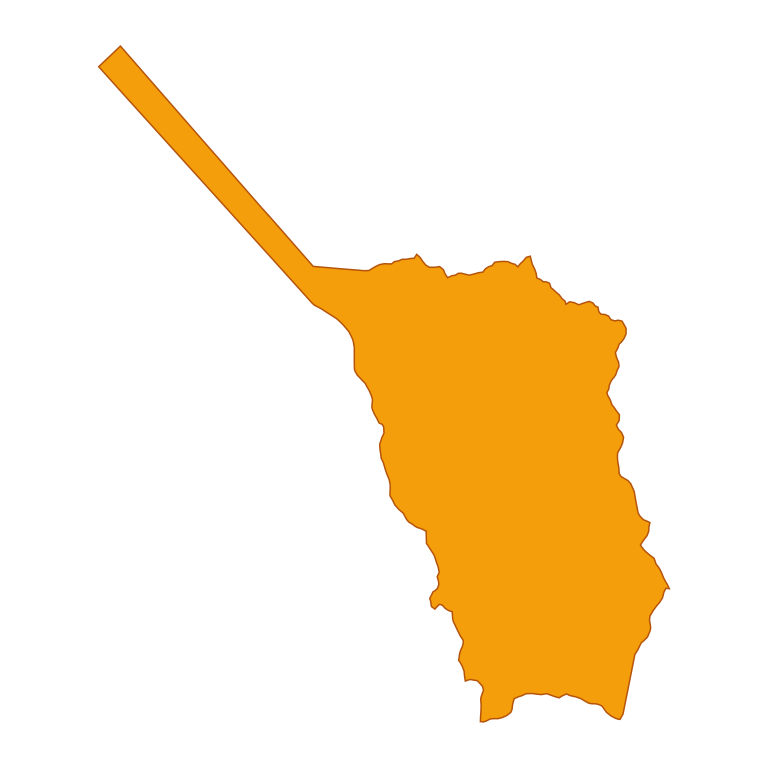 outline of Rangwe, Nyanza, Kenya
{"feature_id": "3690345B99365267658233", "entity_name": "Rangwe", "entity_type": "district", "adm_level": 2, "iso_a3": "KEN", "parent_name": "Kenya", "parent_adm1": "Nyanza", "projection": "robinson", "projection_center": [34.574, -0.513], "detail": "fine", "context": "isolated", "style": "filled", "palette": "amber", "viewbox_px": 768, "rotation_deg": 0, "n_neighbors": 0, "source": "geoboundaries", "source_scale": "gbopen_adm2", "svg_char_len": 4459}
<svg xmlns="http://www.w3.org/2000/svg" viewBox="0 0 768 768"><path d="M667.5,584.8L665.3,581.1L663.5,577.6L661.5,572.6L659.4,568.5L656.0,563.9L654.1,558.3L648.9,554.4L644.4,550.4L640.4,545.3L642.2,542.2L644.2,539.4L647.1,535.6L648.7,531.3L648.9,527.2L649.9,522.6L647.3,521.3L643.4,519.7L640.4,516.7L638.2,513.3L637.2,508.3L635.6,499.7L634.2,491.5L630.8,483.8L628.0,480.6L624.0,478.3L621.0,476.5L619.2,473.6L618.8,467.4L617.8,462.2L617.4,457.2L617.6,452.9L621.0,446.8L622.6,442.7L623.6,437.2L621.4,432.4L618.4,429.3L616.4,425.2L619.2,420.4L619.4,414.7L616.4,410.9L614.4,407.9L611.9,404.7L610.3,400.0L607.7,395.4L606.9,392.5L608.7,389.3L609.3,385.2L611.3,380.7L613.0,378.4L614.1,377.2L615.8,374.6L617.1,370.5L619.0,366.6L618.6,362.3L617.4,359.5L616.3,356.7L615.4,352.5L617.8,348.2L619.2,344.1L621.4,342.0L623.8,338.9L626.0,334.1L626.1,328.4L623.8,324.2L622.0,321.1L618.2,320.2L615.0,320.9L611.1,319.8L608.3,315.9L604.9,314.5L601.1,314.2L599.2,312.3L598.4,309.8L598.0,307.2L595.1,305.9L592.9,303.0L589.1,301.4L584.7,302.7L582.1,303.6L578.8,304.8L574.4,302.7L569.6,301.8L566.0,304.3L565.0,301.1L562.0,298.6L559.2,294.8L555.6,291.8L553.6,289.8L551.0,287.7L549.5,283.2L546.1,281.8L543.3,281.8L540.3,279.4L536.9,278.1L536.1,273.1L534.5,268.7L532.3,264.3L531.3,260.5L530.3,256.2L526.3,257.3L523.5,260.7L520.3,263.7L517.8,266.8L515.0,264.3L511.6,263.4L508.1,261.7L504.0,261.4L499.4,261.6L494.6,262.3L492.2,265.5L488.5,266.8L485.5,268.7L482.9,272.1L478.5,272.7L474.3,273.9L469.1,275.2L464.9,274.1L461.3,273.2L458.0,273.4L455.7,275.0L451.4,275.9L447.6,277.7L445.0,273.7L443.5,269.8L439.6,266.6L434.8,267.3L429.4,267.3L425.7,265.0L422.7,261.4L420.3,257.7L416.7,254.4L414.1,258.3L410.8,258.4L407.6,259.1L404.9,259.3L402.2,259.3L398.5,260.9L394.4,261.6L391.6,263.9L388.2,263.9L384.4,263.7L379.6,264.6L375.4,266.6L371.8,268.7L369.0,270.5L364.1,270.7L355.9,270.0L342.1,268.9L313.2,266.4L294.1,244.6L271.2,218.4L261.6,207.8L222.7,163.2L204.0,141.9L132.0,59.4L120.4,46.1L98.7,66.7L123.4,94.2L267.3,253.4L268.6,254.8L312.3,303.3L314.3,305.1L320.6,308.4L336.5,318.6L341.1,322.7L342.2,323.9L343.9,325.7L347.6,330.1L348.9,331.8L350.3,334.4L352.2,338.3L353.3,341.5L354.3,347.3L354.3,355.2L354.3,358.2L354.3,361.3L354.4,368.6L355.0,371.1L357.3,375.1L359.4,377.3L363.0,381.2L365.1,383.2L367.4,387.5L368.4,389.1L369.4,391.0L371.2,395.2L372.5,399.7L372.3,402.2L371.9,405.7L372.0,407.9L372.5,409.6L374.3,413.9L375.7,416.4L376.7,418.0L379.0,422.9L382.4,424.5L383.7,427.3L384.0,433.1L383.0,435.2L382.1,437.1L380.6,441.5L379.8,443.9L379.7,445.8L380.1,450.3L380.7,453.8L381.2,458.2L383.4,462.8L383.9,464.5L384.4,466.3L385.6,470.4L386.3,472.4L387.3,475.1L389.1,479.4L390.0,483.6L390.2,485.6L390.2,488.6L390.0,492.2L390.0,495.8L392.2,499.5L395.0,505.1L398.9,509.5L403.3,513.3L405.9,518.2L407.3,520.4L408.9,522.1L413.1,524.7L415.1,526.3L417.1,527.4L421.9,529.0L426.3,531.3L426.2,533.7L426.5,543.6L427.6,545.0L430.0,548.8L432.6,552.8L433.8,554.7L434.7,556.6L436.0,561.0L437.3,564.6L438.2,567.1L439.2,572.4L438.2,574.5L437.2,576.7L438.5,581.2L438.8,584.4L437.5,588.5L434.7,590.9L433.0,591.9L429.7,598.6L430.6,600.9L431.4,606.5L434.9,609.1L436.4,607.3L439.4,604.4L441.0,604.7L442.6,605.4L445.0,608.2L447.0,609.5L448.5,610.5L452.2,611.7L452.4,614.6L452.7,618.9L453.3,621.5L455.6,626.2L456.4,628.0L457.7,630.7L460.3,635.9L463.3,640.5L463.1,643.5L462.5,646.1L460.4,650.8L459.7,653.3L459.3,655.8L458.7,660.4L460.3,662.7L462.3,666.4L464.1,671.2L464.5,675.8L465.3,681.0L469.6,679.6L471.3,679.6L472.9,680.0L477.1,680.6L479.1,682.5L482.5,686.4L483.5,690.2L481.4,696.0L480.9,697.8L480.8,700.1L481.1,704.6L481.1,707.2L480.9,712.7L480.6,716.2L480.4,721.6L483.5,721.9L485.6,721.3L490.4,718.9L495.0,718.6L497.7,718.7L502.1,717.6L506.8,715.5L510.7,712.5L512.0,709.5L512.6,704.4L513.4,701.4L514.2,698.7L518.6,696.7L521.6,695.8L526.1,693.7L531.9,693.5L533.7,693.7L536.1,694.1L541.3,694.6L545.8,693.8L547.3,693.9L549.9,694.8L554.2,696.4L559.2,697.8L562.0,696.0L566.6,693.9L568.8,695.1L570.5,695.7L576.0,696.9L580.5,698.5L582.5,699.6L584.1,700.6L588.2,702.9L589.9,703.5L591.9,703.7L596.3,703.9L599.8,704.9L602.2,706.3L604.9,710.1L606.6,712.4L611.1,716.0L615.7,718.4L618.0,719.1L620.0,719.4L623.0,714.1L634.9,654.4L637.5,650.4L638.8,647.8L641.1,643.0L644.4,640.2L647.5,637.0L650.0,631.0L650.6,628.6L650.5,626.0L649.5,620.3L649.9,616.2L652.0,612.5L653.7,609.8L657.0,605.4L658.1,604.2L659.9,602.0L662.5,597.8L663.9,592.2L665.9,588.3L669.3,588.7L667.5,584.8Z" fill="#f59e0b" stroke="#b45309" stroke-width="1.5"/></svg>